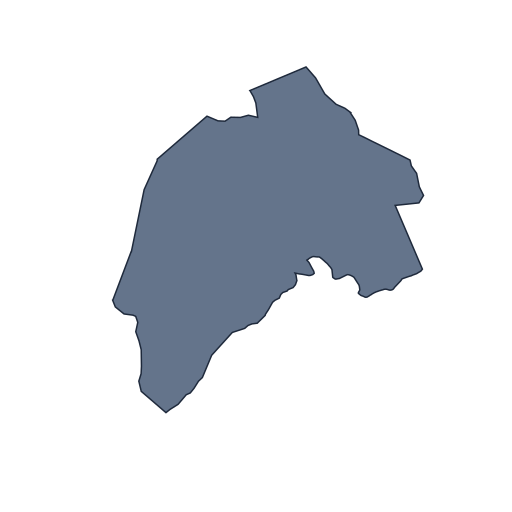 Ferrand, Castries, Saint Lucia, rotated 309°
{"feature_id": "8701671B90118791051051", "entity_name": "Ferrand", "entity_type": "district", "adm_level": 2, "iso_a3": "LCA", "parent_name": "Saint Lucia", "parent_adm1": "Castries", "projection": "robinson", "projection_center": [-60.984, 13.986], "detail": "fine", "context": "isolated", "style": "filled", "palette": "slate", "viewbox_px": 512, "rotation_deg": 309, "n_neighbors": 0, "source": "geoboundaries", "source_scale": "gbopen_adm2", "svg_char_len": 3644}
<svg xmlns="http://www.w3.org/2000/svg" viewBox="0 0 512 512"><g transform="rotate(309 256 256)"><path d="M215.6,300.5L216.0,300.3L216.7,300.0L221.7,299.5L223.0,299.3L230.4,298.0L233.5,298.6L233.8,298.7L237.9,300.6L241.7,299.5L244.5,299.8L247.7,301.8L248.3,302.2L250.2,302.2L251.9,303.1L254.8,304.7L258.5,304.7L261.6,303.6L262.6,303.3L263.5,302.2L266.5,298.9L267.1,297.6L267.3,297.1L269.5,301.3L269.9,301.8L270.8,303.3L272.5,306.4L274.1,309.4L274.8,310.1L275.2,310.5L277.3,311.8L279.2,312.1L280.0,311.1L280.6,310.3L280.8,309.7L282.2,306.2L284.3,301.3L284.5,300.1L284.8,298.1L285.5,298.2L286.2,298.6L286.6,298.7L287.0,298.7L288.1,299.0L288.7,299.3L289.2,299.5L289.5,299.6L290.4,300.0L290.7,300.2L291.4,300.6L292.1,301.5L292.6,302.3L293.1,303.1L293.5,303.7L294.5,305.0L294.9,305.5L295.2,306.4L295.2,307.5L295.3,308.8L295.2,309.7L295.2,310.5L295.2,311.1L295.2,311.6L295.1,312.2L295.1,312.9L295.0,313.7L295.0,314.6L295.0,315.6L294.9,316.5L294.7,317.6L294.6,318.1L294.4,318.8L294.4,319.2L294.3,319.7L294.2,320.4L294.0,321.3L293.7,322.3L293.5,322.8L293.4,323.2L293.3,323.4L293.1,323.7L289.2,327.6L288.4,328.4L288.2,328.6L287.8,329.0L287.7,329.8L287.8,330.5L287.8,330.9L287.9,331.4L287.9,332.0L288.4,332.7L289.7,333.8L290.5,334.5L290.9,334.9L291.3,335.1L298.5,338.4L299.0,338.7L299.3,339.2L299.4,339.4L299.6,339.6L299.9,340.1L300.1,340.7L300.3,341.2L300.5,341.8L300.7,342.5L301.0,344.2L301.1,345.6L299.0,351.9L298.4,353.9L298.2,354.2L298.0,354.7L297.5,355.3L297.0,355.9L296.7,356.2L295.3,357.7L294.9,358.0L294.0,358.3L293.7,358.3L293.0,358.4L292.1,358.6L291.6,358.8L291.4,359.5L291.4,359.8L291.4,360.5L291.4,361.2L291.4,362.1L291.5,362.8L291.6,363.0L292.0,364.0L292.2,364.8L292.5,365.8L292.6,366.5L293.1,367.4L293.6,367.8L294.0,368.2L294.8,368.5L295.4,368.7L295.8,368.9L296.4,369.1L297.6,369.4L298.1,369.7L298.4,369.8L299.1,370.0L299.9,370.2L300.8,370.6L301.5,370.9L301.9,371.0L302.6,371.4L303.5,371.8L304.4,372.4L305.1,372.8L305.9,373.3L306.6,373.7L307.0,374.0L307.4,374.3L308.0,374.7L308.4,374.9L309.6,375.9L310.1,376.1L310.7,376.5L311.0,376.8L311.3,377.1L311.8,377.6L312.1,378.1L312.3,378.4L312.9,379.7L313.1,380.3L313.3,380.8L313.7,381.5L314.1,382.0L314.5,382.4L314.8,382.6L315.1,382.8L315.4,383.0L315.7,383.2L316.7,383.5L317.6,383.5L318.9,383.4L327.8,384.1L328.1,384.1L329.7,383.9L330.3,384.0L331.0,384.4L331.2,384.5L332.0,385.0L332.5,385.3L333.1,385.7L333.4,385.8L333.6,386.0L334.4,386.5L334.9,386.8L335.4,387.1L336.3,387.7L337.0,388.1L337.7,388.7L338.3,389.1L339.4,389.6L340.2,390.0L340.9,390.5L341.1,390.6L341.7,390.9L342.6,391.5L343.5,392.0L344.4,392.3L345.0,392.5L346.1,392.9L347.0,393.3L347.5,393.4L347.8,393.5L348.5,393.7L349.7,393.6L350.5,393.6L367.2,362.0L382.9,332.3L395.2,344.6L399.8,349.2L402.3,348.9L408.5,348.1L411.2,342.2L412.6,339.3L421.3,328.8L422.2,325.5L423.8,320.0L426.1,317.1L427.5,315.3L423.7,298.2L418.1,273.6L416.9,268.0L414.9,259.5L418.4,256.5L420.7,252.8L423.9,247.7L425.4,243.1L426.7,239.2L426.8,239.2L427.1,239.3L426.9,235.4L426.8,232.4L426.6,231.5L424.3,222.8L425.2,207.5L431.9,190.2L434.4,175.9L380.7,147.1L380.6,147.6L378.2,153.8L374.8,159.6L364.8,170.1L360.6,161.5L353.9,156.7L348.0,149.1L341.3,147.1L337.1,141.4L333.8,129.9L269.1,118.3L268.4,118.8L267.7,119.3L237.2,127.3L181.0,156.4L180.9,156.2L131.9,172.4L131.5,172.3L127.9,178.7L127.9,189.9L132.6,197.6L133.4,200.5L130.0,205.9L121.5,210.2L116.4,218.5L110.9,225.8L98.2,236.4L92.2,240.8L85.0,243.7L78.6,252.0L77.6,284.6L82.6,285.7L91.8,288.8L104.3,289.1L108.2,291.1L114.1,291.1L122.5,290.1L127.8,290.8L151.0,284.0L181.7,285.7L192.7,292.8L196.9,293.5L200.7,295.6L204.6,299.3L205.9,299.4L215.6,300.5Z" fill="#64748b" stroke="#1e293b" stroke-width="1.5"/></g></svg>